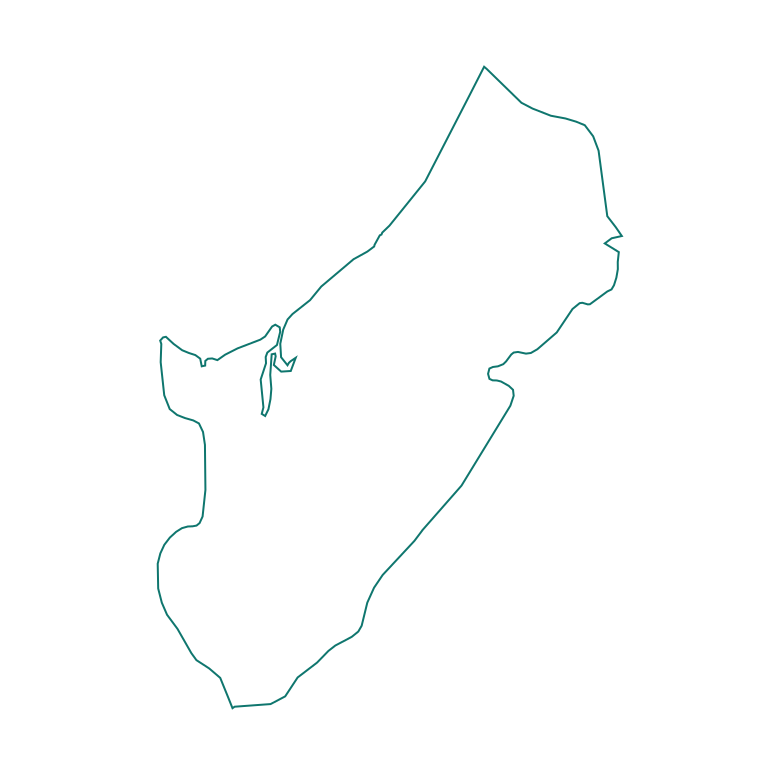 SVG path tracing the border of Quảng Bình, rotated 258°
{"feature_id": "VNM-476", "entity_name": "Quảng Bình", "entity_type": "Province", "adm_level": 1, "iso_a3": "VNM", "parent_name": "Vietnam", "parent_adm1": "", "projection": "robinson", "projection_center": [106.309, 17.511], "detail": "fine", "context": "isolated", "style": "outline", "palette": "teal", "viewbox_px": 768, "rotation_deg": 258, "n_neighbors": 0, "source": "natural_earth", "source_scale": "10m", "svg_char_len": 2082}
<svg xmlns="http://www.w3.org/2000/svg" viewBox="0 0 768 768"><g transform="rotate(258 384 384)"><path d="M232.8,391.0L224.2,381.1L197.5,343.0L186.8,331.9L173.6,322.2L152.2,311.9L147.2,307.4L143.4,299.9L138.3,282.0L134.5,274.2L125.4,260.6L114.9,238.5L99.0,222.4L94.5,206.5L99.4,170.8L98.4,168.4L110.5,166.3L130.6,162.7L142.2,153.8L152.9,143.1L160.8,139.6L187.4,131.1L203.4,123.8L216.3,121.2L230.9,120.6L255.3,125.3L264.8,130.0L272.4,135.7L278.3,142.6L282.6,149.9L285.0,156.4L285.4,162.5L284.6,167.2L284.5,171.2L286.3,174.7L292.1,179.0L317.5,187.3L361.7,196.2L374.7,197.0L383.9,194.8L388.0,189.9L392.1,182.2L396.7,175.2L404.0,169.2L418.7,166.7L451.8,170.1L469.5,174.5L473.0,174.1L475.5,177.6L475.5,180.5L467.0,186.5L459.0,193.6L454.9,199.6L451.5,205.5L447.0,209.5L439.2,209.4L439.2,212.9L443.7,214.0L445.3,217.0L444.7,221.3L442.0,226.0L445.7,234.7L449.3,248.2L453.1,272.3L455.2,277.6L463.5,286.5L464.6,290.0L461.1,293.8L456.6,293.3L444.4,287.4L439.0,276.4L435.0,273.9L428.8,272.9L414.0,264.3L386.2,261.2L380.2,258.2L377.4,261.1L383.3,265.7L392.8,269.8L402.7,272.8L416.5,274.6L436.4,280.3L436.4,283.8L433.6,283.8L425.5,280.2L417.5,286.0L416.1,295.5L428.0,303.1L425.7,297.4L424.5,295.4L422.4,293.5L431.6,288.9L444.9,290.9L458.1,296.7L467.2,303.1L471.5,309.1L481.4,329.1L492.4,342.9L512.4,380.2L517.0,395.3L520.6,403.0L522.1,403.7L530.3,410.8L530.7,412.6L532.5,413.8L537.7,422.2L573.6,466.4L648.5,527.6L673.5,547.9L670.9,549.9L630.5,576.9L622.5,586.6L611.7,603.0L606.0,616.7L600.7,626.4L595.4,634.2L582.8,640.1L567.6,642.4L501.7,637.3L489.2,643.3L479.3,647.4L479.2,637.0L475.6,629.2L464.2,641.1L454.7,638.0L447.7,636.6L439.7,633.4L432.8,629.5L429.2,626.2L428.1,621.7L426.1,617.3L419.2,602.0L419.5,599.9L422.2,594.9L422.4,592.2L418.2,584.0L398.5,563.7L386.1,541.2L383.8,534.1L384.2,529.2L387.5,521.7L387.8,517.4L386.4,514.6L380.7,508.1L378.6,504.8L377.6,499.1L378.0,494.1L377.2,490.3L372.3,487.9L367.1,488.2L365.0,491.0L364.0,495.1L362.1,499.0L356.2,505.7L351.5,509.0L345.5,508.4L336.5,503.1L268.5,438.7L232.9,391.0L232.8,391.0Z" fill="none" stroke="#0f766e" stroke-width="2"/></g></svg>